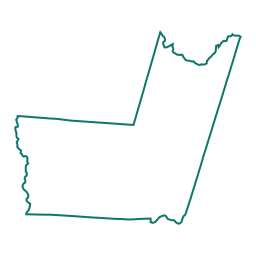 the district of São José dos Quatro Marcos, Mato Grosso, Brazil
{"feature_id": "56859067B37097100035842", "entity_name": "São José dos Quatro Marcos", "entity_type": "district", "adm_level": 2, "iso_a3": "BRA", "parent_name": "Brazil", "parent_adm1": "Mato Grosso", "projection": "equal_earth", "projection_center": [-58.29, -15.532], "detail": "fine", "context": "isolated", "style": "outline", "palette": "teal", "viewbox_px": 256, "rotation_deg": 0, "n_neighbors": 0, "source": "geoboundaries", "source_scale": "gbopen_adm2", "svg_char_len": 2647}
<svg xmlns="http://www.w3.org/2000/svg" viewBox="0 0 256 256"><path d="M56.2,118.8L51.6,118.6L20.8,116.2L17.6,116.1L17.6,117.9L16.2,119.6L16.7,121.6L17.4,123.5L17.9,125.1L17.8,126.7L16.6,126.8L15.4,127.2L15.4,129.4L15.8,131.1L16.5,133.4L16.4,135.6L16.8,137.6L18.5,138.9L17.7,140.5L16.7,142.3L17.4,144.4L17.3,147.0L18.6,148.6L19.6,149.5L20.9,150.3L20.6,153.2L22.0,154.3L22.9,156.2L24.1,156.6L25.4,156.0L26.9,156.7L27.5,158.7L27.1,161.4L28.2,163.3L27.2,164.4L26.1,165.4L25.7,167.5L25.8,169.4L25.8,171.5L26.9,173.2L26.7,175.6L25.2,176.7L24.6,178.5L25.3,180.3L25.3,182.5L24.1,183.1L22.9,184.6L22.5,186.9L23.5,189.0L24.5,190.2L26.1,191.3L27.2,192.8L27.9,194.1L28.4,195.5L28.2,197.4L26.7,198.6L26.5,200.7L27.9,202.3L29.1,202.9L30.2,203.9L29.9,205.9L29.5,208.0L28.6,210.0L27.5,211.5L26.6,212.6L26.2,214.3L32.4,214.4L39.9,214.6L49.9,214.7L67.3,215.7L82.9,216.8L95.8,217.7L97.2,217.7L98.6,217.8L114.2,218.8L117.0,218.9L122.9,219.1L125.0,219.3L127.6,219.4L128.9,219.5L134.1,219.3L141.0,218.9L142.7,218.8L150.6,218.6L150.7,220.3L150.6,222.1L152.7,222.9L155.5,221.8L156.5,220.5L157.7,219.4L158.9,217.6L160.4,216.7L163.6,215.4L165.5,215.7L166.6,217.0L167.4,218.6L168.5,219.3L169.9,219.5L171.5,220.3L173.2,220.1L174.4,220.4L175.6,222.1L177.6,223.4L179.2,223.7L181.5,222.0L182.1,219.6L183.5,216.2L185.3,214.7L188.7,204.3L189.6,201.5L190.3,199.5L191.8,194.6L192.5,192.3L193.3,189.6L194.8,185.0L195.4,182.6L196.5,179.2L197.3,176.9L199.1,170.8L200.6,166.0L203.4,156.3L204.4,153.0L205.7,149.2L206.7,146.0L207.3,143.9L208.8,139.0L211.6,130.1L213.3,124.4L213.9,122.5L214.9,119.3L215.7,116.5L216.6,113.8L217.9,109.6L219.0,106.0L219.6,104.4L222.8,94.0L225.4,85.5L226.1,82.8L229.6,72.0L231.1,66.9L234.3,56.7L236.1,50.4L239.4,39.6L240.6,36.7L239.0,35.7L235.2,35.6L233.5,35.3L232.4,34.3L231.5,35.7L230.4,36.3L228.0,36.4L227.4,38.4L226.8,40.5L225.8,41.3L223.7,40.8L222.0,42.2L221.1,43.2L220.2,45.0L218.7,47.1L218.2,45.0L216.1,45.9L216.1,47.5L215.9,49.0L215.6,51.5L214.8,52.9L213.7,53.6L211.9,55.6L210.5,57.1L209.0,58.3L208.0,59.9L206.9,60.8L206.7,63.4L204.8,64.4L203.6,64.6L201.3,64.3L200.0,65.0L198.0,64.6L194.9,62.9L193.6,61.3L192.2,61.6L190.3,61.1L189.0,60.7L187.1,60.6L185.5,59.9L184.7,58.7L183.2,56.7L182.6,55.2L181.5,54.5L180.1,55.0L178.4,54.8L176.7,54.5L175.2,53.3L173.5,52.7L172.7,51.0L173.3,48.6L172.4,46.5L172.8,44.1L170.8,45.1L168.5,46.5L166.9,47.3L164.5,47.3L163.4,44.6L163.0,43.1L163.6,41.7L164.8,41.2L165.1,39.5L164.1,36.7L162.9,36.2L162.0,34.6L160.3,32.3L158.5,38.3L150.0,67.9L145.7,82.6L144.3,87.8L137.8,110.1L136.0,116.5L133.9,123.4L133.6,124.9L129.4,124.7L111.4,123.4L73.8,120.8L70.9,120.6L56.2,118.8Z" fill="none" stroke="#0f766e" stroke-width="2"/></svg>